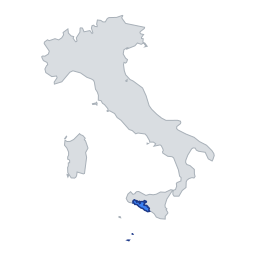 location of Agrigento within Italy
{"feature_id": "ITA-5417", "entity_name": "Agrigento", "entity_type": "Province", "adm_level": 1, "iso_a3": "ITA", "parent_name": "Italy", "parent_adm1": "", "projection": "mercator", "projection_center": [13.389, 36.616], "detail": "fine", "context": "in_parent", "style": "filled", "palette": "blue", "viewbox_px": 256, "rotation_deg": 0, "n_neighbors": 0, "source": "natural_earth", "source_scale": "10m", "svg_char_len": 5411}
<svg xmlns="http://www.w3.org/2000/svg" viewBox="0 0 256 256"><path d="M47.5,39.8L49.1,40.7L55.0,38.7L58.7,39.9L61.7,37.9L63.6,34.9L63.1,32.5L67.9,28.9L68.4,33.1L71.1,35.9L73.7,36.6L73.1,38.3L75.6,41.8L76.6,41.5L77.0,40.8L76.3,37.9L79.9,32.2L80.1,28.2L80.7,27.8L82.5,28.1L84.0,31.8L89.9,30.6L92.0,33.5L92.9,32.9L91.4,28.1L92.1,25.6L93.7,25.2L94.8,26.4L97.1,26.7L97.2,25.2L96.6,24.2L97.4,20.0L100.8,20.4L102.9,21.9L105.3,21.9L107.3,18.5L108.9,17.6L116.6,17.4L122.4,15.4L122.8,15.8L121.8,17.4L122.1,18.5L125.6,23.4L144.6,27.3L144.3,28.5L140.3,31.6L139.9,32.7L140.6,33.8L143.6,34.5L141.5,37.4L141.5,38.5L143.2,38.7L142.9,42.2L144.9,43.2L147.2,46.3L144.9,46.8L145.8,46.0L143.6,43.0L141.2,44.3L137.4,43.0L134.9,45.8L126.2,49.3L127.7,47.7L127.1,47.7L123.9,49.8L123.2,54.0L125.6,58.2L127.5,59.6L126.6,62.2L125.5,63.1L124.0,62.4L123.5,64.7L124.3,70.7L125.7,74.8L130.0,79.5L133.1,81.0L142.6,88.0L146.1,95.8L149.1,105.6L151.6,109.2L156.8,114.3L161.6,118.1L166.0,120.4L177.5,120.3L180.5,121.2L180.8,122.8L180.3,123.8L176.8,126.5L176.6,128.6L178.2,130.1L186.1,134.1L194.1,137.3L199.5,141.6L206.5,145.2L211.9,150.6L213.8,153.5L214.2,155.7L212.9,159.5L212.1,161.0L208.3,158.9L205.2,152.3L198.4,151.2L196.3,150.1L195.2,148.1L193.1,147.9L191.6,148.9L187.8,155.1L185.8,160.3L185.6,162.4L186.8,164.5L190.0,165.6L194.3,169.4L194.4,173.9L195.1,176.5L194.0,178.0L191.9,177.6L189.0,178.6L187.0,180.2L186.2,181.8L186.0,187.5L182.2,190.5L178.9,196.2L174.1,196.2L172.9,194.4L172.9,191.8L173.7,190.2L175.5,189.5L176.7,186.1L176.3,183.7L177.0,182.6L180.9,181.0L181.1,177.6L179.6,176.1L178.4,169.9L173.6,157.8L172.0,156.7L167.8,156.3L162.8,153.1L162.5,151.8L163.3,150.5L162.8,148.7L161.2,145.6L160.1,144.9L153.9,146.2L155.7,143.8L153.5,142.1L149.6,142.1L149.7,141.0L146.9,136.0L145.1,134.0L138.0,133.0L135.7,133.8L132.3,130.6L129.1,129.5L121.0,120.3L117.1,117.5L114.6,113.5L109.7,110.8L107.4,111.5L106.9,110.9L108.1,110.2L107.8,108.6L104.5,104.6L102.5,103.3L101.1,100.7L98.3,100.1L98.4,95.3L97.3,92.0L95.5,89.2L94.4,82.3L93.6,80.4L91.5,79.0L86.9,77.3L80.5,72.9L72.9,70.8L69.8,72.3L61.8,81.8L54.4,84.1L54.2,82.1L57.1,77.7L56.5,76.0L51.8,76.6L45.8,72.6L44.9,69.0L46.6,65.6L47.7,64.8L47.1,62.5L43.4,60.6L41.9,57.6L41.8,56.5L42.7,56.0L44.9,56.2L48.4,54.0L49.3,51.1L44.2,43.6L44.4,42.1L47.5,39.8ZM127.0,81.4L127.2,79.6L125.7,80.7L126.1,81.5L127.0,81.4ZM172.7,190.1L166.9,199.0L165.0,205.0L165.2,207.3L166.9,208.9L166.1,209.6L167.8,212.4L167.8,213.2L165.2,216.3L165.2,219.1L160.3,218.7L156.3,217.1L154.3,213.9L152.7,212.6L151.1,211.5L147.6,211.6L146.1,210.9L136.9,204.7L133.3,203.0L129.2,202.5L127.6,201.2L126.2,198.4L127.9,194.1L130.6,191.7L133.0,194.4L135.2,193.5L135.3,192.7L136.8,191.6L138.7,191.5L145.9,195.4L149.7,194.3L153.2,194.8L156.3,194.2L160.5,192.0L165.2,192.3L170.8,189.7L172.7,190.1ZM85.5,140.8L88.0,148.1L85.6,152.6L86.6,157.3L84.5,173.4L83.4,173.9L77.1,172.0L76.6,175.7L75.8,177.2L74.6,178.1L71.2,177.9L67.8,172.6L67.6,167.5L68.3,165.9L68.3,162.9L69.6,162.7L69.7,160.7L69.0,159.6L67.7,159.2L67.7,156.9L68.6,155.2L68.6,152.1L66.9,148.1L64.5,145.2L65.0,140.2L67.0,141.5L70.1,141.4L73.7,139.5L79.6,133.6L80.4,134.6L82.9,135.6L85.2,138.2L84.3,139.8L85.5,140.8ZM96.6,102.2L97.1,103.4L96.9,105.1L95.7,104.1L92.7,104.5L92.4,103.7L96.0,102.9L96.6,102.2ZM68.7,175.2L67.9,177.1L67.0,174.7L67.1,174.3L68.7,175.2ZM66.7,136.6L65.4,138.7L64.7,138.6L66.4,136.2L66.7,136.6ZM120.7,217.8L119.0,217.4L119.0,216.5L120.3,216.7L120.7,217.8ZM148.4,143.5L147.1,144.1L147.1,143.1L148.4,143.5Z" fill="#d9dde1" stroke="#a8b0b8" stroke-width="1"/><path d="M149.6,211.3L148.6,211.4L148.2,211.6L147.4,211.6L146.5,210.9L146.0,210.6L145.4,210.5L144.9,210.3L144.4,210.0L143.1,208.7L142.7,208.4L142.2,208.3L141.5,208.1L141.0,208.0L140.6,207.7L139.9,207.1L139.2,206.7L138.8,206.4L138.6,206.3L138.5,206.2L138.1,205.5L138.0,205.4L137.7,205.3L137.6,205.0L137.4,204.9L137.2,204.8L137.1,204.6L135.2,204.3L134.8,204.4L134.7,204.3L134.6,204.1L134.5,203.8L134.4,203.6L134.1,203.2L133.6,203.0L132.9,202.9L133.1,202.4L133.2,201.6L132.9,201.5L132.9,201.3L133.1,200.8L133.6,200.3L134.2,199.9L134.6,199.8L134.8,199.9L135.2,200.5L135.5,200.7L136.4,200.6L137.2,200.9L137.4,201.1L137.6,201.7L137.8,201.9L138.0,202.0L138.3,201.8L138.3,201.7L138.8,201.7L139.2,201.3L139.4,201.3L139.5,201.4L139.5,201.7L139.2,202.5L139.4,203.2L139.5,203.4L139.6,203.6L140.3,203.2L140.0,202.6L140.1,202.2L140.3,202.1L140.5,201.9L140.7,201.7L140.9,201.6L143.2,201.6L143.8,201.4L144.0,201.2L144.2,200.8L144.3,200.6L144.5,200.6L145.1,200.9L145.3,201.0L145.6,201.0L145.8,201.1L146.0,201.2L146.2,201.4L146.3,201.7L146.4,201.9L146.3,202.1L146.1,202.2L145.1,202.7L144.8,202.7L144.6,202.7L144.4,202.6L144.2,202.7L144.2,202.9L144.5,203.6L144.5,204.0L144.4,204.3L144.1,204.5L143.9,204.6L143.8,204.9L143.8,205.0L144.3,205.1L144.7,205.4L145.0,205.5L146.6,205.4L146.8,205.5L147.0,206.0L147.3,206.0L147.6,206.3L147.4,206.6L147.3,206.8L147.8,207.3L148.1,207.4L148.3,207.3L148.6,207.5L148.8,207.9L148.9,208.0L149.2,208.2L149.3,208.3L149.3,208.6L149.2,208.8L148.9,209.6L148.8,209.8L148.8,210.0L149.4,210.6L149.5,210.9L149.6,211.3ZM136.7,202.2L136.9,202.1L137.0,202.0L137.0,201.8L136.8,201.7L136.6,201.7L136.5,201.9L136.6,202.2L136.7,202.2ZM128.9,240.3L129.0,240.4L128.9,240.6L128.7,240.6L128.0,240.3L127.7,240.2L128.0,240.1L128.8,240.2L129.0,240.2L128.9,240.3ZM132.4,233.8L132.5,233.8L132.7,234.1L132.4,234.1L132.2,234.0L132.2,233.9L132.3,233.8L132.4,233.8Z" fill="#3b82f6" stroke="#1e3a8a" stroke-width="1.5"/></svg>